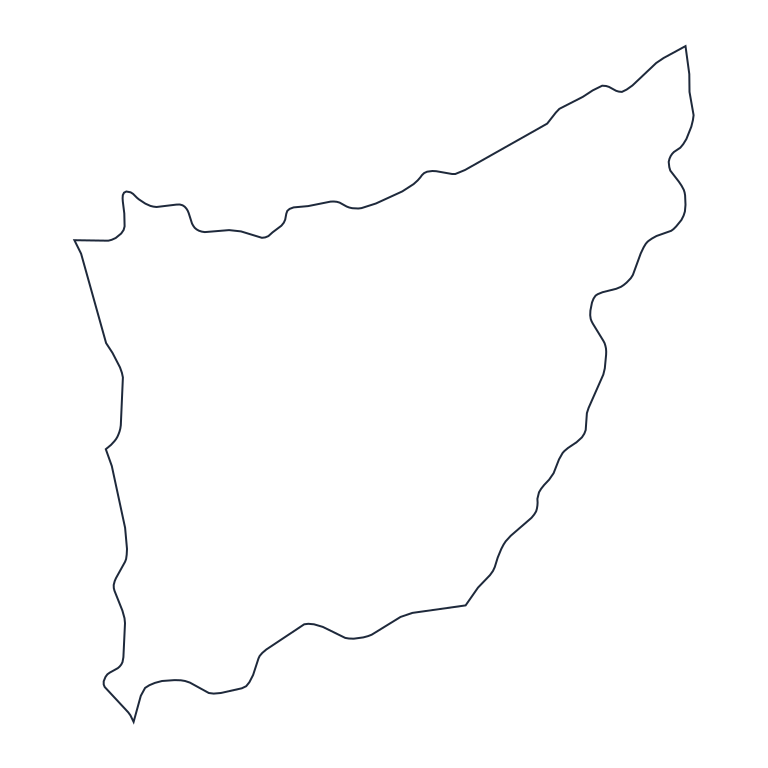 Florida, orthographic projection
{"feature_id": "URY-18", "entity_name": "Florida", "entity_type": "Department", "adm_level": 1, "iso_a3": "URY", "parent_name": "Uruguay", "parent_adm1": "", "projection": "orthographic", "projection_center": [-55.814, -33.776], "detail": "fine", "context": "isolated", "style": "outline", "palette": "slate", "viewbox_px": 768, "rotation_deg": 0, "n_neighbors": 0, "source": "natural_earth", "source_scale": "10m", "svg_char_len": 3169}
<svg xmlns="http://www.w3.org/2000/svg" viewBox="0 0 768 768"><path d="M621.9,91.9L626.6,89.6L632.4,85.5L656.2,63.0L663.6,58.0L685.5,46.1L689.3,74.1L689.5,91.9L693.6,115.2L692.9,120.2L691.3,126.7L686.4,139.0L683.2,144.2L680.3,147.7L673.9,152.0L672.2,153.8L670.7,156.0L669.5,158.7L668.7,161.9L669.3,167.2L670.3,170.6L678.8,181.6L681.5,185.6L683.8,189.9L684.6,192.5L685.1,195.4L685.5,204.8L684.9,211.5L683.6,215.6L681.4,220.0L676.2,226.4L673.5,229.1L671.2,230.8L656.5,236.0L652.0,238.5L648.4,241.0L647.2,242.1L647.0,242.4L646.7,242.7L645.7,243.9L643.6,247.4L640.7,253.5L632.9,274.9L630.8,278.2L626.6,282.6L623.7,285.0L621.0,286.8L616.2,288.8L602.6,292.2L597.7,294.2L595.6,295.6L593.6,298.5L592.0,302.5L590.4,310.6L590.2,315.2L590.7,318.9L591.6,321.3L592.8,323.6L603.4,340.9L604.6,343.2L605.4,345.8L606.0,348.6L606.2,351.7L606.1,354.8L604.8,368.4L603.3,374.6L588.6,407.9L586.9,413.1L585.7,430.0L584.3,433.7L581.9,437.4L576.6,442.2L568.1,447.9L564.3,451.1L562.6,453.0L559.0,459.4L553.6,473.2L549.1,479.7L544.1,485.0L541.1,488.8L539.0,492.3L537.4,498.8L537.6,502.7L537.4,505.6L536.9,508.7L536.1,511.4L534.2,514.5L531.5,517.8L510.8,535.7L505.7,541.3L503.6,544.5L501.3,548.9L497.7,557.6L494.8,567.0L493.0,570.9L490.0,575.1L478.0,587.6L465.6,605.4L412.4,612.9L400.6,616.9L371.7,634.7L368.1,636.1L363.3,637.4L353.7,638.7L348.8,638.5L345.2,637.9L322.8,626.9L314.0,624.3L308.3,623.8L304.2,624.3L266.3,649.5L262.3,652.9L259.7,655.9L258.5,658.4L253.1,675.0L249.4,682.2L246.2,686.2L241.8,688.3L220.8,693.0L213.7,693.6L208.8,693.0L189.9,682.6L185.1,681.0L180.9,680.3L174.7,680.1L162.0,681.0L154.9,682.9L149.4,685.2L145.1,687.9L140.8,695.8L133.6,721.9L130.4,715.3L128.2,712.3L104.7,687.0L103.7,684.5L103.7,681.3L105.5,676.9L107.4,674.3L109.8,672.6L117.9,668.1L119.7,666.5L121.3,664.5L122.5,662.1L123.4,657.2L125.0,623.2L124.5,618.2L122.4,610.6L114.5,590.8L113.8,588.1L113.7,585.0L114.7,581.1L116.0,578.1L125.1,561.7L126.1,559.0L126.7,554.7L127.0,549.0L125.1,527.8L111.8,466.0L105.8,449.2L111.0,444.9L114.5,441.1L116.1,439.0L117.4,436.8L118.5,434.3L119.5,431.6L120.3,428.6L120.8,425.3L122.9,377.4L121.9,372.8L120.0,367.4L112.5,352.9L106.1,343.1L81.1,253.7L74.4,240.2L108.3,240.7L111.7,239.8L115.7,238.0L121.2,233.5L123.6,230.0L124.6,226.4L124.3,213.5L122.8,201.4L122.6,198.3L122.8,195.2L124.0,192.7L126.3,191.5L130.6,192.3L133.1,193.9L136.9,197.7L138.8,199.3L145.3,203.6L150.4,205.9L153.3,206.6L156.5,207.0L176.4,204.6L179.8,204.5L182.6,205.3L184.7,206.7L186.4,208.6L187.7,210.7L188.7,213.1L192.0,223.5L193.2,225.7L194.7,227.8L196.6,229.4L198.9,230.7L201.7,231.6L204.8,232.1L229.1,230.1L241.0,231.4L261.9,237.8L265.2,237.4L268.4,236.1L272.5,232.4L281.4,225.7L283.8,222.7L285.2,219.6L286.3,213.7L287.3,210.9L289.6,208.9L293.6,207.4L308.1,206.1L330.6,201.6L333.7,201.5L336.8,201.8L339.6,202.6L346.6,206.5L349.2,207.5L352.2,208.2L358.4,208.5L361.5,208.1L375.9,203.5L402.3,191.4L413.6,184.1L417.7,180.4L420.4,177.3L421.9,175.2L424.1,173.1L427.1,171.7L432.4,171.0L436.2,171.2L452.1,174.0L455.3,174.0L465.0,170.0L547.2,123.6L555.8,112.6L559.4,108.8L582.9,96.8L592.7,90.4L602.2,85.7L606.1,86.0L609.0,86.9L616.1,90.8L618.8,91.6L621.9,91.9Z" fill="none" stroke="#1e293b" stroke-width="2"/></svg>